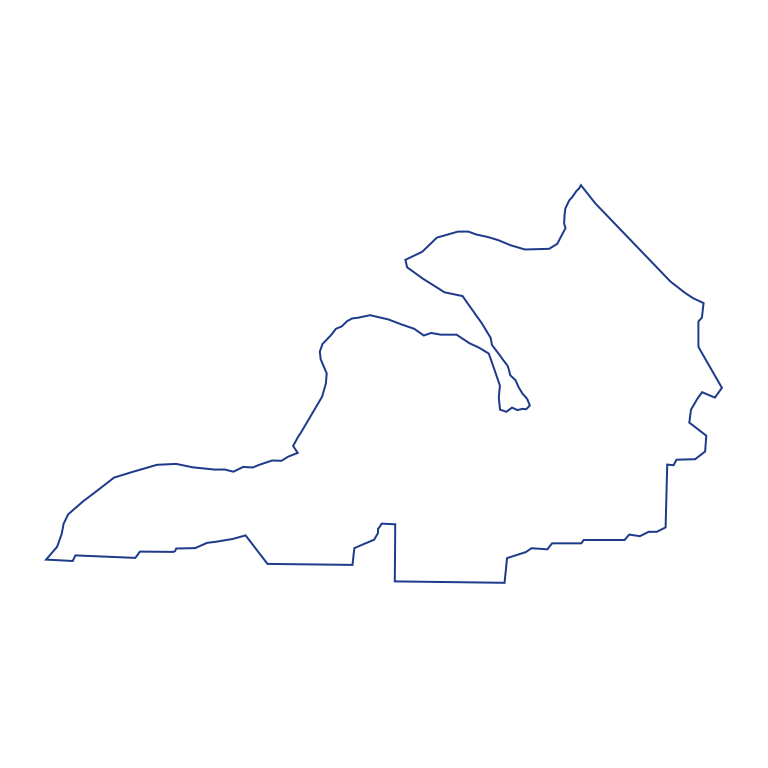 Saparmyrat Turkmenbasy, Tashauz, Turkmenistan (Natural Earth projection)
{"feature_id": "10190150B43921321162948", "entity_name": "Saparmyrat Turkmenbasy", "entity_type": "district", "adm_level": 2, "iso_a3": "TKM", "parent_name": "Turkmenistan", "parent_adm1": "Tashauz", "projection": "natural_earth1", "projection_center": [58.279, 42.355], "detail": "fine", "context": "isolated", "style": "outline", "palette": "blue", "viewbox_px": 768, "rotation_deg": 0, "n_neighbors": 0, "source": "geoboundaries", "source_scale": "gbopen_adm2", "svg_char_len": 2470}
<svg xmlns="http://www.w3.org/2000/svg" viewBox="0 0 768 768"><path d="M353.7,553.9L354.4,548.1L363.7,544.1L374.2,539.7L375.6,537.2L378.0,533.0L378.0,532.8L378.0,528.8L379.0,527.7L379.5,527.1L381.7,523.6L395.2,524.3L395.2,532.0L394.8,581.4L504.6,582.8L504.6,582.1L505.8,570.7L507.0,558.5L507.1,558.1L525.8,552.1L530.1,549.2L531.4,548.4L531.6,548.2L533.8,548.4L547.4,549.3L549.5,546.6L552.1,543.3L580.7,543.3L581.3,543.3L583.3,540.6L583.7,540.0L623.1,540.0L624.6,540.0L628.5,535.4L629.3,534.6L638.1,535.9L639.8,536.2L648.1,532.1L648.6,531.8L650.5,531.8L656.8,531.8L665.6,527.4L667.2,465.3L667.2,464.6L670.3,464.9L673.6,465.2L674.8,462.9L676.5,459.7L695.2,459.2L698.5,456.6L705.1,451.5L705.2,450.7L706.3,435.7L689.3,422.6L689.7,419.6L691.0,409.6L693.6,405.2L697.4,398.7L698.9,396.6L702.1,392.2L714.9,397.6L717.4,394.1L721.9,387.8L711.9,370.4L706.7,361.4L698.5,347.0L698.4,342.7L698.4,321.5L700.5,319.2L701.9,317.7L703.3,305.3L703.4,304.7L703.6,303.1L693.1,298.2L684.9,292.8L670.3,281.4L595.5,203.6L580.9,185.2L579.1,188.4L576.5,190.9L574.7,193.5L572.3,197.0L569.2,200.4L565.3,208.6L564.6,214.6L564.1,223.4L565.5,228.2L561.2,236.2L557.3,243.8L549.2,248.8L525.0,249.5L510.4,245.2L498.7,240.3L488.2,237.1L476.0,234.4L468.4,231.6L457.9,231.6L450.3,233.8L436.9,237.6L422.3,251.7L405.4,259.8L407.1,267.3L422.9,278.7L444.5,292.3L462.6,296.1L467.8,303.6L481.9,323.4L490.7,338.0L492.0,345.0L499.0,354.2L502.8,359.5L507.3,365.4L508.6,368.6L510.2,375.2L515.5,380.2L518.5,387.0L522.4,393.5L527.2,398.9L529.8,405.6L526.2,409.2L522.2,408.9L517.5,410.1L512.0,407.6L506.4,411.8L500.0,409.6L498.8,397.6L499.9,385.6L494.7,370.4L488.8,353.6L478.9,347.6L469.4,343.2L456.6,334.7L441.1,334.7L431.1,333.0L423.8,335.5L414.2,328.8L402.2,324.7L388.6,319.5L380.9,317.7L370.0,315.2L358.1,317.7L352.0,318.5L347.0,321.2L341.9,326.3L335.9,328.8L330.7,335.5L322.5,344.0L319.8,351.7L320.7,359.3L326.7,373.4L325.9,383.4L322.1,396.7L300.5,433.3L297.7,437.5L293.1,446.0L297.7,452.9L288.3,456.6L281.4,460.8L272.1,460.5L259.3,464.8L252.7,467.5L243.2,466.9L233.4,471.7L224.7,469.5L214.8,469.6L192.6,467.3L176.2,463.9L157.0,464.8L130.5,472.5L114.0,477.6L97.5,490.4L82.9,501.5L68.2,514.3L63.6,523.7L61.7,533.9L57.1,546.8L46.1,559.6L72.7,561.0L75.4,555.4L135.3,557.9L137.8,554.6L139.2,552.3L139.6,552.3L140.2,551.6L173.5,551.9L175.2,550.9L176.2,548.5L182.6,548.4L195.2,548.1L207.2,542.8L215.8,541.8L232.9,538.9L245.6,535.4L267.5,563.9L352.5,564.9L353.7,553.9Z" fill="none" stroke="#1e3a8a" stroke-width="2"/></svg>